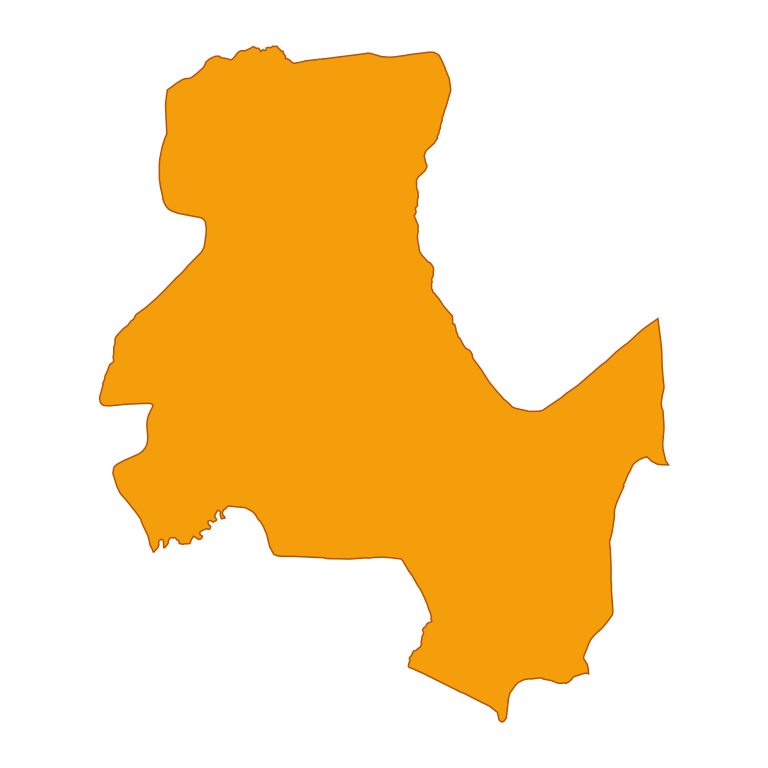 the district of Prasat Ballangk, Kâmpóng Thum, Cambodia
{"feature_id": "14789045B6687253744380", "entity_name": "Prasat Ballangk", "entity_type": "district", "adm_level": 2, "iso_a3": "KHM", "parent_name": "Cambodia", "parent_adm1": "Kâmpóng Thum", "projection": "robinson", "projection_center": [104.812, 13.075], "detail": "fine", "context": "isolated", "style": "filled", "palette": "amber", "viewbox_px": 768, "rotation_deg": 0, "n_neighbors": 0, "source": "geoboundaries", "source_scale": "gbopen_adm2", "svg_char_len": 6052}
<svg xmlns="http://www.w3.org/2000/svg" viewBox="0 0 768 768"><path d="M588.7,673.8L588.0,667.5L587.2,664.2L584.4,659.9L583.6,658.2L583.8,656.1L587.4,647.3L589.1,642.7L591.4,638.7L594.4,635.1L601.9,628.3L606.9,622.4L612.1,615.3L612.7,613.5L612.9,610.4L611.5,591.5L611.4,583.6L611.0,580.1L611.1,568.3L610.4,550.7L609.5,542.2L612.0,532.4L613.5,523.2L614.5,516.1L614.3,513.8L614.7,509.1L615.9,504.9L617.9,499.8L624.0,486.1L623.3,485.4L625.7,480.3L627.8,474.9L630.0,471.1L632.2,466.1L633.2,464.5L636.6,461.4L639.5,459.5L644.3,457.5L645.7,457.3L646.5,456.7L647.9,457.7L651.6,461.3L657.4,464.2L659.7,464.6L668.5,464.9L665.6,460.5L663.0,449.2L662.7,443.5L664.0,428.5L663.8,422.8L663.0,411.0L661.9,407.8L661.2,404.4L661.9,397.4L663.9,388.8L663.9,385.3L663.1,378.5L662.1,365.5L661.8,352.9L661.3,345.5L657.9,318.6L644.7,327.8L640.8,331.0L628.0,342.8L622.1,347.1L616.4,351.7L605.8,361.8L601.8,364.6L577.3,385.8L566.4,393.3L561.4,397.6L542.8,410.2L539.3,411.2L529.4,411.4L515.4,408.3L512.5,407.1L508.6,403.2L503.8,399.1L497.1,391.7L489.1,381.9L481.4,369.8L472.8,358.2L472.2,354.6L470.9,351.9L468.8,349.8L465.8,348.4L463.1,344.5L460.1,338.5L458.1,336.9L457.5,334.2L456.2,331.2L455.7,327.8L454.6,324.2L452.8,324.0L452.4,315.8L449.2,312.6L443.3,305.7L438.6,298.2L436.7,296.3L434.9,293.8L432.7,291.8L432.6,289.9L431.6,289.1L431.6,282.8L432.2,282.1L431.5,279.4L433.1,276.1L433.6,268.7L433.0,266.9L431.3,264.2L429.8,262.5L428.4,262.3L423.0,256.4L419.9,252.3L418.8,247.8L418.9,246.0L418.1,243.3L417.3,236.1L418.2,231.5L418.0,229.0L418.1,225.4L414.1,215.6L415.3,214.3L416.1,211.8L415.2,207.9L416.6,206.8L417.5,205.2L417.3,203.1L417.6,199.1L418.2,197.5L418.0,191.8L416.6,188.2L416.5,179.8L418.5,176.7L423.8,171.9L425.3,170.2L426.5,167.8L427.0,166.2L425.3,161.1L424.2,156.0L424.9,153.6L425.9,151.0L427.7,149.1L434.3,143.2L435.5,140.9L437.7,138.2L437.1,136.5L438.8,133.8L439.1,131.0L440.2,128.5L440.5,125.2L442.2,120.3L442.0,117.7L443.1,115.8L444.7,110.0L446.1,106.6L449.4,94.8L450.8,90.3L449.3,78.8L445.4,69.3L445.1,67.9L441.6,60.2L439.1,55.4L437.5,54.1L433.4,52.3L429.7,52.1L408.0,54.8L405.4,55.4L392.8,57.1L388.5,57.2L381.4,56.6L370.2,53.3L367.4,53.1L366.2,53.5L328.4,58.3L305.6,60.8L303.2,61.6L294.4,63.3L292.7,62.9L289.3,59.8L286.6,58.5L285.7,58.6L285.3,57.7L285.5,56.3L284.1,54.1L283.4,53.6L283.3,51.7L282.9,51.1L281.3,51.2L280.3,49.9L278.8,48.7L276.9,46.2L274.3,46.6L273.4,46.1L272.6,46.3L271.3,47.6L267.3,47.5L266.5,47.8L265.6,50.4L264.7,50.5L262.9,49.6L261.2,51.2L260.5,51.5L259.9,49.8L259.0,48.7L257.8,48.0L256.8,48.5L254.5,47.1L253.3,46.8L252.1,47.1L250.4,48.5L247.6,49.5L245.0,50.9L241.2,50.6L239.4,51.4L237.7,52.6L235.2,56.0L232.6,59.0L231.2,59.8L224.2,58.1L221.6,57.9L219.4,56.3L218.2,56.1L215.5,56.3L211.4,57.9L208.8,59.5L206.2,61.8L203.6,67.3L196.8,73.5L191.9,77.2L189.9,78.3L185.3,78.6L182.7,79.5L176.7,83.1L167.3,90.0L165.7,102.4L165.6,107.4L166.8,134.0L164.7,138.7L162.2,146.8L159.7,159.3L159.3,165.0L159.4,179.3L160.7,188.1L162.1,193.9L163.0,199.5L164.3,203.1L166.4,206.7L168.8,209.3L171.7,211.0L178.4,213.4L200.9,217.7L203.4,219.2L204.2,220.0L205.3,221.8L206.3,228.1L206.0,234.7L204.4,245.5L203.9,247.6L201.6,251.9L187.7,266.0L182.6,272.1L176.3,277.9L163.6,291.2L156.5,298.1L146.0,307.4L136.6,314.1L135.5,315.2L134.0,318.5L132.9,319.8L131.7,320.4L130.3,321.8L128.0,325.0L126.5,326.4L123.7,328.3L118.1,334.2L115.7,337.3L115.0,339.0L115.1,342.3L114.8,344.6L113.8,347.0L113.7,354.3L113.1,356.6L113.7,361.3L113.1,362.1L109.8,364.5L106.3,373.7L105.4,374.8L104.2,380.5L103.4,381.9L102.8,383.9L102.8,385.8L99.5,397.9L100.1,401.3L100.9,403.3L102.1,404.6L103.7,405.5L109.3,405.9L125.3,404.3L146.7,403.3L150.6,403.5L152.6,404.6L153.0,405.8L148.5,415.2L147.2,420.6L146.9,423.8L147.0,427.6L147.7,435.7L147.6,440.8L146.7,444.9L145.8,447.0L142.6,451.2L138.6,454.1L124.0,460.5L117.7,463.9L116.2,465.0L114.3,466.7L113.6,468.6L112.9,473.5L116.8,486.0L119.5,492.1L122.2,495.8L125.4,499.1L136.8,513.5L140.7,519.2L141.6,522.2L143.3,526.0L147.9,535.7L149.1,540.3L149.9,544.4L151.1,547.4L152.2,549.1L153.2,552.0L153.9,552.0L157.7,547.8L158.9,544.9L158.6,542.6L158.9,541.5L159.6,540.5L160.9,539.5L162.4,539.5L163.1,540.0L163.4,541.1L163.7,547.7L164.9,547.5L167.7,544.0L168.2,543.0L168.2,541.8L168.7,540.2L170.2,537.8L171.5,537.6L173.2,538.1L174.4,537.5L175.5,537.9L176.7,539.8L178.0,540.2L179.0,541.1L179.0,542.6L179.4,543.5L181.3,543.9L182.4,544.4L185.1,543.8L189.2,543.7L190.0,543.3L191.3,539.8L193.5,536.1L198.5,539.4L200.1,539.3L201.5,538.3L202.6,536.2L200.7,535.2L200.0,534.3L199.7,532.6L200.7,531.6L202.7,530.3L206.3,528.8L209.2,529.4L210.1,528.5L210.6,527.1L210.4,526.0L208.8,524.9L207.8,522.0L208.2,521.1L210.2,520.5L211.1,520.7L213.1,522.1L216.2,520.5L216.6,519.5L214.5,516.1L217.3,510.6L218.2,510.3L219.7,511.3L220.5,512.3L220.1,514.2L220.4,515.8L221.4,518.8L224.9,518.2L224.7,516.8L223.2,515.5L222.4,513.5L222.8,511.5L223.6,509.7L225.0,509.3L227.2,506.9L228.2,506.1L229.7,506.2L243.1,507.4L246.1,508.0L252.2,511.4L253.6,512.6L255.4,514.7L258.3,519.6L260.5,521.6L263.5,526.9L266.4,533.5L269.9,547.2L273.8,554.3L277.2,555.8L280.5,556.3L294.7,556.4L323.1,557.7L326.6,558.6L350.0,559.0L365.1,557.9L369.8,558.1L372.7,557.5L381.9,557.1L392.0,557.8L395.3,558.4L401.2,558.9L402.9,561.0L408.8,571.1L412.2,575.7L417.6,585.2L420.3,589.2L424.1,596.9L427.4,604.7L428.7,609.1L430.4,613.1L431.4,617.2L430.8,618.8L432.0,621.0L431.3,621.7L427.2,623.4L426.6,624.8L425.6,626.5L423.7,627.9L422.6,629.7L423.6,633.0L423.4,634.2L422.0,636.5L421.8,639.4L421.1,641.8L421.6,644.7L421.0,645.2L420.3,647.2L419.0,647.8L415.9,650.5L414.0,650.9L412.8,652.1L411.3,655.8L409.4,657.7L409.8,660.6L408.6,664.5L408.4,666.4L409.4,667.6L410.7,667.9L423.8,673.7L460.0,691.8L464.5,693.6L481.5,702.3L489.0,705.8L497.4,712.4L499.1,720.0L501.4,721.9L503.6,721.5L506.3,718.2L508.5,698.4L509.9,693.1L515.3,685.5L518.2,682.5L524.4,679.5L529.2,678.8L531.4,679.0L538.9,677.9L541.9,678.0L543.0,679.0L551.5,680.6L556.7,682.8L560.0,683.4L563.7,683.0L566.5,683.2L568.3,682.2L570.0,680.8L571.6,679.4L573.5,676.9L574.2,676.6L584.1,673.4L586.8,673.2L588.7,673.8Z" fill="#f59e0b" stroke="#b45309" stroke-width="1.5"/></svg>